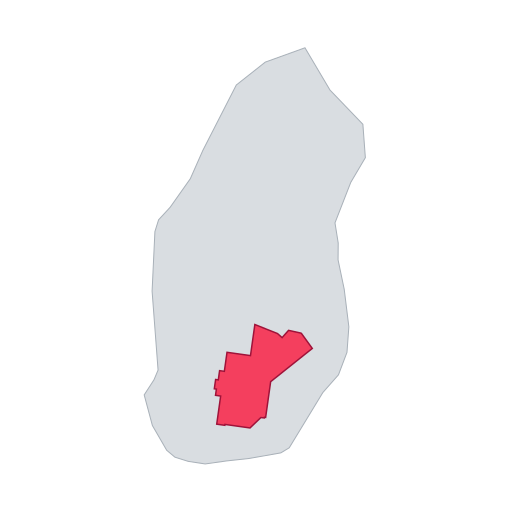 95, Ar Rayyān, Qatar shown in context, rotated 8°
{"feature_id": "91078587B87782055915042", "entity_name": "95", "entity_type": "district", "adm_level": 2, "iso_a3": "QAT", "parent_name": "Qatar", "parent_adm1": "Ar Rayyān", "projection": "mercator", "projection_center": [51.234, 24.913], "detail": "fine", "context": "in_parent", "style": "filled", "palette": "rose", "viewbox_px": 512, "rotation_deg": 8, "n_neighbors": 0, "source": "geoboundaries", "source_scale": "gbopen_adm2", "svg_char_len": 1007}
<svg xmlns="http://www.w3.org/2000/svg" viewBox="0 0 512 512"><g transform="rotate(8 256 256)"><path d="M276.9,457.6L255.1,463.1L234.6,469.0L217.5,468.8L203.7,466.5L194.6,460.8L177.0,438.3L164.6,409.1L172.2,392.8L174.9,382.6L158.0,305.3L152.5,245.9L154.5,233.7L164.2,219.7L180.2,188.6L188.7,158.7L212.7,89.4L238.2,62.7L275.5,43.0L306.2,81.4L343.5,110.7L350.6,143.4L339.6,169.9L329.6,212.2L335.6,231.7L337.8,248.4L348.0,276.7L357.8,313.2L359.5,338.7L354.2,362.2L341.2,381.9L315.6,441.3L308.0,447.5L276.9,457.6Z" fill="#d9dde1" stroke="#a8b0b8" stroke-width="1"/><path d="M240.5,427.9L240.5,428.0L248.7,428.0L248.7,427.1L274.0,427.1L283.3,415.3L286.8,415.2L286.8,414.5L288.0,414.5L288.0,378.4L301.8,363.8L324.6,339.7L311.9,326.5L311.3,326.1L298.6,325.1L293.2,333.2L288.1,329.8L275.7,326.8L264.4,324.0L264.4,355.4L240.7,355.4L240.7,355.5L240.7,374.6L235.9,374.6L235.9,383.9L233.2,383.9L233.2,393.3L235.3,393.3L235.3,399.6L240.5,399.6L240.5,427.9Z" fill="#f43f5e" stroke="#9f1239" stroke-width="1.5"/></g></svg>